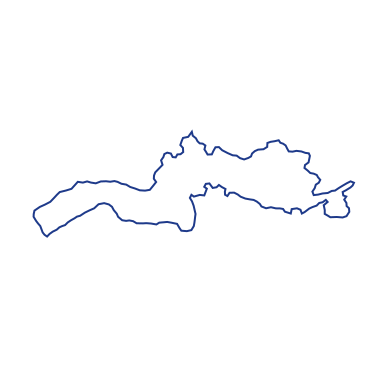 Dores do Rio Preto, Espírito Santo, Brazil, rotated 257°
{"feature_id": "56859067B99160788457513", "entity_name": "Dores do Rio Preto", "entity_type": "district", "adm_level": 2, "iso_a3": "BRA", "parent_name": "Brazil", "parent_adm1": "Espírito Santo", "projection": "natural_earth1", "projection_center": [-41.815, -20.626], "detail": "fine", "context": "isolated", "style": "outline", "palette": "blue", "viewbox_px": 384, "rotation_deg": 257, "n_neighbors": 0, "source": "geoboundaries", "source_scale": "gbopen_adm2", "svg_char_len": 2960}
<svg xmlns="http://www.w3.org/2000/svg" viewBox="0 0 384 384"><g transform="rotate(257 192 192)"><path d="M181.2,40.8L183.2,43.8L184.7,47.4L185.7,51.7L187.4,54.8L188.0,57.8L188.3,60.9L190.3,64.1L191.7,67.8L192.8,71.6L193.9,74.4L194.0,77.6L196.0,83.0L197.2,88.2L198.1,93.0L201.1,98.2L200.9,103.9L198.6,108.2L195.6,110.7L191.9,111.7L187.8,113.8L184.5,114.4L180.2,117.6L178.7,121.3L178.4,124.5L176.8,128.1L174.0,131.0L172.5,137.0L171.9,140.5L170.5,145.0L168.4,150.0L169.5,153.2L168.9,157.4L168.4,161.1L166.7,165.1L164.3,170.3L159.4,171.8L156.7,172.9L155.0,178.2L155.0,182.8L158.4,186.1L161.7,187.5L164.4,188.5L167.2,189.5L169.8,190.5L178.3,190.5L182.9,189.9L186.7,188.6L189.4,190.8L187.1,192.8L187.4,198.9L185.9,203.2L191.9,207.2L194.3,205.1L196.8,207.3L196.4,210.9L191.3,213.1L191.1,217.0L192.8,219.8L190.0,222.3L187.4,225.3L184.9,224.1L181.9,223.6L180.1,225.6L182.8,228.4L181.9,232.9L179.3,236.0L176.5,238.3L173.6,242.5L171.8,246.7L170.4,250.3L168.1,253.0L165.1,255.4L162.3,256.4L159.5,260.5L159.4,265.5L157.2,270.0L156.3,273.8L155.0,276.9L151.9,278.1L148.8,283.4L152.9,285.3L152.5,290.6L150.3,293.7L146.3,294.2L147.1,297.2L149.5,302.5L150.2,305.9L150.7,310.4L152.7,313.5L152.6,316.9L154.2,320.6L151.8,321.9L149.5,317.4L144.6,317.3L140.8,316.4L138.6,318.8L136.3,321.1L135.1,327.4L133.3,333.1L133.7,337.1L137.3,340.8L140.9,341.3L143.5,339.5L146.6,340.0L150.3,338.6L152.9,341.3L154.6,338.6L158.1,338.8L159.1,342.5L160.8,347.5L162.2,350.0L164.6,351.9L166.7,348.9L165.7,344.8L164.3,340.3L162.8,335.8L161.2,331.7L161.6,328.4L160.5,324.1L161.2,318.8L161.1,314.3L161.6,309.9L165.3,309.4L168.1,312.4L171.3,314.3L172.5,317.6L175.0,319.7L178.0,318.1L180.5,317.4L182.5,314.7L183.9,311.5L186.8,309.6L190.1,307.0L192.9,308.2L194.6,312.2L197.4,313.5L200.7,315.0L203.4,314.5L204.6,311.3L206.9,307.7L208.6,303.0L208.7,299.0L209.8,295.4L212.5,294.6L216.3,293.7L218.6,291.6L220.1,289.2L222.9,288.1L222.9,284.0L223.2,279.8L222.8,276.5L219.0,275.4L217.6,271.3L218.4,265.9L217.7,262.4L216.0,259.2L213.4,257.5L212.5,254.5L212.0,250.1L214.2,246.4L217.4,243.7L218.6,239.9L221.9,235.5L225.9,230.8L229.7,228.3L230.3,224.9L227.0,221.9L224.2,219.8L225.0,215.6L227.9,214.7L230.7,213.7L234.3,215.5L236.7,213.3L237.7,210.4L240.2,208.8L243.5,207.9L246.7,205.4L250.7,205.4L246.6,200.7L246.7,195.4L244.1,193.5L240.4,191.2L237.0,193.1L232.9,192.4L231.4,189.3L231.9,186.2L229.4,183.9L230.4,181.0L234.2,180.1L235.9,176.7L235.2,173.6L232.5,172.0L229.8,169.0L225.1,169.4L222.3,165.1L219.4,160.6L216.6,158.7L213.5,157.8L209.8,159.3L206.6,155.3L203.6,151.4L203.9,146.6L205.4,141.5L208.2,137.3L210.8,132.9L214.0,129.6L215.9,125.1L218.6,121.8L220.1,118.9L220.4,114.6L221.8,110.7L222.8,105.5L222.1,100.2L223.9,95.7L225.9,92.2L225.7,87.8L227.6,83.0L225.2,79.6L222.2,75.3L221.8,69.5L221.7,63.1L219.7,59.8L217.3,56.3L214.3,51.7L212.8,45.9L211.7,40.4L209.3,34.3L206.1,32.8L203.5,32.1L198.9,33.6L196.0,34.9L193.0,36.5L186.2,37.4L183.5,38.7L181.2,40.8Z" fill="none" stroke="#1e3a8a" stroke-width="2"/></g></svg>